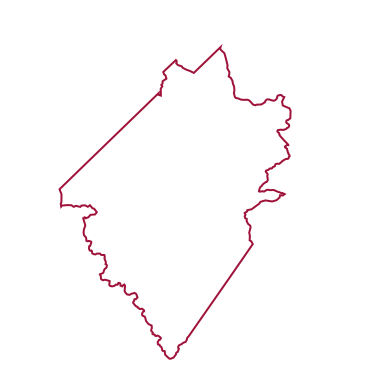 outline of Idaho, Idaho, United States of America, rotated 136°
{"feature_id": "52423323B84985058746573", "entity_name": "Idaho", "entity_type": "district", "adm_level": 2, "iso_a3": "USA", "parent_name": "United States of America", "parent_adm1": "Idaho", "projection": "natural_earth1", "projection_center": [-115.719, 45.888], "detail": "fine", "context": "isolated", "style": "outline", "palette": "rose", "viewbox_px": 384, "rotation_deg": 136, "n_neighbors": 0, "source": "geoboundaries", "source_scale": "gbopen_adm2", "svg_char_len": 5914}
<svg xmlns="http://www.w3.org/2000/svg" viewBox="0 0 384 384"><g transform="rotate(136 192 192)"><path d="M285.4,286.0L287.4,281.1L292.9,275.5L294.7,274.6L296.2,272.4L295.0,272.6L291.0,269.4L287.9,266.2L287.4,263.5L285.1,262.6L282.7,258.9L280.9,259.0L278.2,256.7L277.2,253.7L274.6,253.4L274.9,249.4L274.0,248.0L274.5,243.6L277.3,243.2L280.9,246.1L284.0,245.8L286.7,246.9L286.7,248.3L288.5,248.7L291.9,242.1L295.8,240.1L298.3,238.0L299.7,235.8L299.8,233.2L300.2,232.3L301.9,230.2L301.2,228.9L300.2,228.5L299.2,226.8L299.2,226.1L299.4,225.7L302.1,224.3L302.8,224.0L303.6,224.4L305.2,223.1L306.0,221.7L306.0,220.3L305.0,219.7L305.1,218.9L306.4,217.1L305.8,215.4L304.7,214.1L303.3,213.8L301.1,211.8L301.0,209.8L298.8,207.5L299.9,205.8L301.1,205.1L302.7,201.3L304.3,200.2L304.0,199.4L304.2,198.3L305.6,197.3L307.0,197.0L308.0,197.3L308.9,197.1L310.3,196.4L311.9,195.5L313.7,196.0L315.2,196.8L315.6,196.7L315.9,195.0L317.8,192.7L317.9,191.8L317.1,190.1L316.1,189.8L315.1,188.7L313.2,185.4L313.1,185.1L313.5,184.9L314.0,184.3L314.8,183.8L315.2,183.2L316.0,182.7L316.2,181.9L316.1,181.2L315.5,180.6L315.2,179.7L313.1,178.4L311.2,178.3L310.4,177.3L309.4,177.1L308.7,177.6L308.0,177.7L307.2,176.6L307.4,175.5L308.5,174.4L307.8,172.6L306.4,172.8L305.0,172.5L305.2,171.2L306.3,170.2L309.2,167.6L309.8,166.0L309.9,163.5L308.4,161.4L306.4,160.9L303.4,159.3L303.0,157.3L304.5,154.0L306.8,153.9L307.9,154.8L309.5,153.8L310.7,153.7L311.4,153.0L311.7,149.1L311.0,147.2L311.4,146.6L310.7,143.9L309.0,142.8L308.7,140.3L309.3,139.5L310.6,139.8L311.8,139.4L312.5,139.1L313.3,138.1L313.5,137.5L312.6,135.1L312.8,134.4L314.7,131.0L315.0,127.6L314.9,126.8L313.8,124.0L315.3,122.1L317.5,120.9L317.8,120.2L317.9,118.0L319.0,117.4L318.8,116.4L317.9,115.4L318.3,114.1L317.9,113.3L316.7,112.8L316.1,111.8L315.7,108.9L316.0,108.4L317.7,108.0L318.7,108.5L321.1,107.7L322.3,106.0L321.5,104.7L322.0,103.1L321.7,101.8L322.5,100.0L323.3,98.9L323.4,98.1L322.2,96.6L324.3,93.6L324.2,89.3L324.0,87.8L323.2,86.9L320.3,85.7L316.5,86.3L315.6,87.0L314.8,87.3L313.3,86.9L310.3,88.4L310.3,89.4L309.1,90.5L307.4,90.7L305.4,89.8L303.4,89.7L300.6,88.6L298.2,89.4L296.7,90.4L295.6,90.5L295.2,90.4L225.4,104.1L184.5,112.3L183.6,115.4L184.1,117.2L180.7,120.4L179.1,123.0L174.4,125.9L173.5,127.3L173.8,130.2L172.9,133.1L171.3,134.6L171.9,136.2L171.0,137.9L169.3,138.5L168.7,140.3L165.7,139.7L164.8,140.5L161.2,138.2L151.6,136.9L149.6,137.4L145.1,135.0L140.9,129.5L136.9,127.4L132.8,127.2L130.9,128.5L129.1,126.4L126.8,126.1L127.2,127.3L127.7,128.4L128.6,129.3L129.0,130.5L129.2,131.0L129.9,132.0L130.5,133.6L131.2,135.0L131.4,136.0L132.8,137.7L133.7,138.3L134.9,139.5L135.8,140.9L137.1,141.7L138.3,141.9L140.0,142.3L140.7,143.6L141.6,144.1L142.7,145.0L143.3,145.5L143.3,146.1L142.9,146.3L142.3,146.7L141.6,147.1L140.9,147.5L139.9,147.9L139.0,148.1L138.3,148.0L137.6,147.9L137.2,148.1L136.5,148.2L135.7,148.3L134.4,148.2L133.0,148.0L132.0,147.9L131.4,147.4L130.4,147.5L129.9,147.7L129.1,148.0L128.6,148.5L128.4,149.0L127.7,149.8L127.3,150.5L127.1,150.9L126.7,151.3L126.2,151.5L125.7,151.8L125.2,152.3L125.0,153.3L125.0,154.0L124.9,155.2L124.5,155.7L124.2,155.8L123.5,155.9L122.5,155.2L121.8,155.0L121.1,154.8L120.4,155.0L119.9,154.9L119.3,154.6L119.0,154.0L118.4,153.6L117.7,153.5L117.1,153.7L116.4,153.8L115.3,153.2L114.5,153.0L113.7,153.5L112.7,154.0L112.1,153.8L111.5,153.5L111.1,153.2L110.6,152.7L110.2,152.2L109.7,151.7L109.3,151.6L108.7,151.6L108.1,151.5L107.3,151.4L106.9,151.4L106.4,151.5L105.7,151.5L105.2,151.5L104.6,151.2L104.2,151.1L103.7,151.1L103.1,151.0L102.4,150.8L101.9,150.6L101.3,150.3L100.8,149.9L100.3,149.5L100.0,149.2L99.5,149.2L99.0,149.2L98.6,149.5L98.2,149.8L97.8,150.0L97.4,150.0L97.1,149.9L96.7,150.1L96.5,150.4L96.4,150.8L96.3,151.4L96.1,151.9L96.1,152.5L95.8,153.1L95.4,153.5L95.4,154.1L95.2,154.4L95.1,154.8L94.6,155.3L94.4,155.7L94.2,156.3L93.9,156.7L93.6,157.1L93.7,157.5L93.7,158.0L93.7,158.4L93.9,158.6L94.0,159.1L94.0,159.6L93.8,160.0L93.4,160.2L92.9,160.0L92.3,160.0L91.8,159.9L91.5,159.9L90.9,159.7L90.5,159.3L90.2,159.1L90.1,158.9L89.9,159.1L89.9,159.7L89.9,162.8L89.9,165.6L89.8,167.3L89.8,168.7L89.8,169.8L89.6,170.4L89.6,170.7L89.7,171.2L89.7,171.5L89.4,172.0L89.4,172.5L88.9,172.9L88.7,173.3L88.5,173.7L88.4,174.2L88.6,174.8L88.7,175.4L88.6,176.1L88.2,176.6L87.6,176.7L87.2,176.8L86.8,176.5L86.4,176.1L85.9,175.9L85.3,175.6L84.9,175.2L84.5,174.7L84.3,174.3L83.6,173.8L83.1,173.3L82.8,172.9L82.2,172.7L81.5,172.4L80.7,172.0L80.0,171.9L79.6,172.0L79.3,172.1L78.9,172.0L78.6,171.7L77.5,171.6L76.3,171.9L75.5,173.0L75.7,174.7L76.0,176.0L75.7,176.8L75.2,177.3L74.5,177.7L73.9,177.7L73.0,177.1L71.5,176.8L70.7,176.8L70.2,176.7L69.8,177.0L69.7,177.1L64.7,181.9L63.8,184.5L66.6,191.1L64.5,194.4L59.7,196.2L60.2,197.1L60.4,197.8L60.5,198.4L60.3,198.9L60.3,199.3L60.4,199.5L61.0,200.4L63.0,201.6L63.4,201.7L63.9,201.6L64.4,201.4L65.0,201.0L65.5,200.5L66.0,200.3L68.2,200.2L68.6,200.3L68.9,200.5L70.0,201.0L71.2,203.0L72.0,204.7L73.5,206.3L74.2,206.6L75.6,206.6L76.3,206.4L76.7,206.1L77.1,205.9L80.0,206.5L81.3,206.8L83.0,208.3L84.9,210.0L85.5,210.2L86.0,210.3L86.3,210.6L87.3,212.4L87.4,212.8L87.2,215.5L87.3,218.0L87.4,218.6L88.2,220.0L88.7,220.5L89.9,221.5L91.8,223.5L92.5,224.3L93.1,225.7L93.6,226.9L94.5,228.3L94.9,228.7L95.1,229.0L95.1,230.7L93.1,234.1L93.0,234.3L92.2,234.6L90.9,235.7L88.6,238.4L87.4,241.3L86.5,242.8L85.9,243.3L85.4,244.9L84.8,247.3L84.8,247.5L85.2,248.5L85.2,249.8L84.5,250.0L84.3,250.2L83.0,251.2L82.4,251.7L81.7,252.5L81.2,254.6L80.6,256.6L78.3,258.6L77.5,260.0L74.6,265.0L72.4,269.1L72.3,270.1L72.5,272.3L72.5,273.5L72.5,274.3L72.3,275.2L72.2,275.4L71.6,276.0L70.9,276.4L108.0,276.4L109.3,280.3L111.2,284.1L112.4,287.8L112.1,289.5L113.9,292.9L114.0,295.4L112.1,296.7L112.0,298.1L129.3,298.3L130.3,296.0L130.1,294.2L131.7,291.3L136.1,292.1L138.0,290.4L139.7,290.3L139.9,288.7L142.8,288.0L147.4,283.0L148.6,285.2L147.4,286.3L252.4,286.1L285.4,286.0Z" fill="none" stroke="#9f1239" stroke-width="2"/></g></svg>